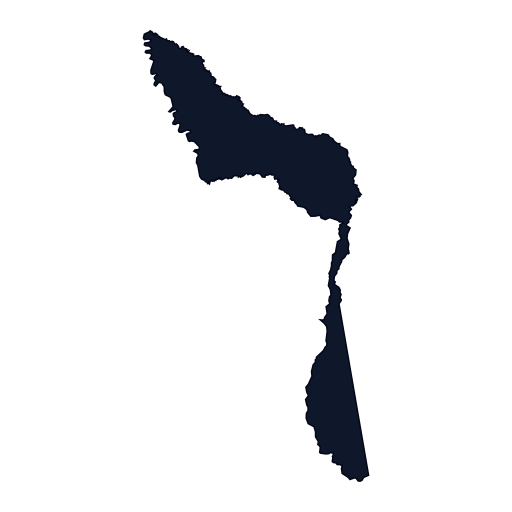 the district of El Doncello, Caquetá, Colombia, rotated 181°
{"feature_id": "7082276B94017431983929", "entity_name": "El Doncello", "entity_type": "district", "adm_level": 2, "iso_a3": "COL", "parent_name": "Colombia", "parent_adm1": "Caquetá", "projection": "mercator", "projection_center": [-75.148, 1.876], "detail": "fine", "context": "isolated", "style": "filled", "palette": "ink", "viewbox_px": 512, "rotation_deg": 181, "n_neighbors": 0, "source": "geoboundaries", "source_scale": "gbopen_adm2", "svg_char_len": 6122}
<svg xmlns="http://www.w3.org/2000/svg" viewBox="0 0 512 512"><g transform="rotate(181 256 256)"><path d="M158.2,34.2L153.2,36.0L151.7,35.2L149.9,32.8L147.8,32.7L146.1,33.6L144.5,36.5L139.6,38.7L172.2,209.7L170.0,213.0L170.2,214.4L171.4,215.5L170.3,219.1L171.3,220.7L171.3,223.8L172.8,226.2L177.3,229.1L176.3,231.4L177.6,232.6L177.6,233.9L177.2,237.2L175.0,240.1L174.8,243.2L173.0,244.5L172.8,247.0L170.3,251.9L170.2,253.6L167.2,256.4L165.3,259.9L163.6,259.8L163.0,260.5L164.0,265.1L163.4,269.7L165.3,275.1L164.9,279.9L162.4,285.7L165.8,287.7L166.3,289.3L163.8,291.5L164.0,293.6L162.1,295.8L161.4,298.3L163.9,300.9L163.1,302.8L161.4,304.5L163.4,306.9L162.1,307.9L160.0,307.9L156.9,310.7L156.0,313.1L157.3,312.0L157.3,313.7L155.7,314.2L156.3,316.6L153.7,317.0L153.0,317.6L153.2,318.7L151.9,319.3L154.1,321.8L154.9,325.1L156.6,326.3L156.1,328.4L159.8,329.6L159.3,333.1L160.7,335.2L157.9,338.8L157.5,343.8L160.2,345.7L160.3,347.2L162.0,347.8L163.2,350.1L163.3,351.9L164.3,352.7L164.2,354.1L164.9,355.7L165.7,355.9L166.4,358.1L166.0,361.3L167.0,363.8L173.3,366.8L174.4,368.2L174.2,369.9L176.0,369.7L177.5,370.4L179.8,372.2L181.3,374.6L184.5,376.2L186.0,378.4L191.6,379.4L193.0,377.6L195.0,378.0L197.1,376.9L197.5,375.9L198.3,377.2L199.5,376.6L202.0,378.7L205.4,378.3L207.5,378.8L209.5,380.3L209.2,381.7L209.9,383.4L211.5,383.7L211.8,384.8L214.8,385.1L215.7,383.6L217.9,383.3L219.3,383.9L219.2,384.8L220.2,385.3L220.5,387.2L221.2,387.7L228.7,386.4L230.4,387.3L230.5,388.5L231.0,388.1L232.8,388.7L234.3,387.4L235.9,389.6L237.7,389.4L237.8,391.2L240.6,391.3L241.9,394.2L244.5,395.0L244.9,396.2L247.0,397.7L250.2,397.1L252.8,397.4L253.9,396.8L254.3,397.4L255.8,396.3L256.8,396.7L258.1,395.5L259.4,396.4L261.7,396.3L264.7,398.3L266.4,401.5L268.7,402.3L268.7,402.9L269.7,402.5L270.0,404.1L272.1,404.9L271.9,405.5L272.9,405.4L271.4,407.7L272.5,407.9L273.1,410.2L273.8,409.9L274.6,411.5L276.1,411.2L274.9,413.3L275.6,413.6L274.9,413.9L275.8,414.9L278.1,415.8L278.8,414.6L279.4,414.9L280.8,414.1L281.2,414.6L281.5,414.1L284.6,415.8L285.8,415.3L287.2,416.7L288.3,416.4L288.9,417.1L289.2,416.6L290.8,418.2L292.2,417.6L292.4,418.9L294.5,421.8L295.0,424.1L294.4,424.8L296.3,424.9L296.4,425.5L298.4,426.3L298.4,425.4L299.8,427.1L300.5,426.8L300.8,428.4L299.8,429.0L299.4,431.8L301.0,432.7L300.6,433.1L302.2,434.5L303.2,434.2L304.0,435.2L304.5,438.0L305.5,438.3L306.0,440.2L308.1,439.7L308.2,440.6L311.1,442.0L310.3,443.0L311.3,443.0L311.9,446.1L313.4,447.5L312.4,449.7L311.4,449.6L311.4,450.7L313.7,451.9L314.6,454.3L315.5,454.2L316.9,455.3L321.9,454.7L321.9,456.5L322.5,456.4L322.6,457.1L326.6,458.0L327.1,458.7L326.7,459.7L328.1,458.9L328.6,459.5L327.9,460.9L329.6,460.9L329.3,461.9L331.4,462.3L332.6,464.2L334.1,463.6L334.5,462.0L335.5,461.9L337.4,463.1L337.1,463.9L338.1,465.5L339.5,466.7L340.8,466.3L342.3,468.7L343.5,469.2L345.9,468.7L346.4,469.7L347.6,469.5L349.1,470.4L349.3,471.4L350.6,470.8L356.0,473.1L356.3,473.8L357.7,473.9L358.2,475.4L360.1,476.9L361.0,475.4L361.9,476.9L363.3,476.2L363.6,478.0L365.8,479.3L366.6,478.3L371.5,475.9L372.4,472.1L371.4,470.4L367.0,471.1L364.3,469.8L366.4,467.8L370.9,467.0L371.4,465.3L370.2,464.3L366.2,464.0L363.9,461.4L365.0,460.0L369.5,459.4L370.3,457.9L369.2,457.0L365.9,457.0L364.4,456.2L363.8,454.4L365.5,451.5L361.3,449.6L364.3,440.0L364.1,436.6L362.9,435.9L359.2,436.7L357.5,435.1L359.4,434.5L360.6,433.0L360.8,431.9L359.2,429.8L360.8,426.6L360.8,425.3L359.2,424.2L356.2,427.9L353.3,427.4L350.7,423.6L350.5,418.6L349.5,415.7L344.6,413.4L343.5,412.1L341.4,403.9L345.6,398.9L344.4,398.5L341.9,400.2L338.8,401.1L337.4,399.8L337.9,398.6L340.2,397.9L341.2,396.7L340.9,394.6L339.4,392.7L339.6,390.9L341.5,387.8L341.1,386.3L339.0,386.1L336.3,387.6L334.5,387.2L334.1,385.3L335.7,380.4L335.4,379.1L334.3,378.4L332.2,378.4L327.2,380.8L323.8,380.1L323.9,378.1L326.8,377.3L327.8,376.3L325.6,370.1L324.5,369.4L322.3,369.9L319.7,369.4L314.8,364.4L314.3,362.8L315.1,361.5L318.9,361.0L320.0,359.7L316.5,357.9L315.5,356.4L315.6,354.9L316.9,352.9L317.2,348.2L315.8,345.9L313.6,334.7L311.8,332.0L309.5,331.0L308.6,331.2L308.0,329.5L306.1,328.9L305.7,327.6L304.9,327.9L303.8,327.1L303.5,328.5L304.2,329.5L303.1,329.5L301.4,331.2L301.0,330.1L299.0,330.2L298.5,331.2L297.5,330.9L296.8,332.2L295.4,332.1L294.7,333.5L294.0,332.6L293.0,333.4L293.2,332.5L291.5,331.6L287.8,333.6L286.5,333.7L285.3,332.7L284.6,333.4L281.6,333.4L279.3,335.9L275.1,335.8L275.0,334.7L273.4,335.7L272.9,334.5L270.0,335.9L267.6,338.3L265.9,338.2L265.4,337.2L262.8,338.3L260.3,336.5L259.5,336.8L259.5,337.8L258.3,337.7L258.1,338.6L254.8,338.5L253.1,338.0L251.1,335.1L248.5,334.9L247.7,337.6L246.5,336.9L243.0,338.1L241.5,337.2L239.5,337.4L238.8,336.8L239.1,334.9L238.6,333.2L236.3,333.6L235.7,332.7L234.6,332.6L235.4,331.8L234.6,330.5L235.6,331.1L235.9,330.6L234.3,329.3L233.5,325.8L234.0,323.8L231.1,322.4L229.9,322.9L228.3,320.5L226.7,320.0L226.0,318.8L224.6,319.0L221.7,314.6L222.6,313.8L221.1,312.4L218.5,312.2L218.0,310.3L215.5,307.7L215.3,306.7L209.4,305.7L207.0,304.3L205.3,302.1L205.3,300.7L201.8,296.7L197.3,296.9L192.8,298.0L191.5,295.1L187.3,293.6L183.0,295.7L174.6,293.0L173.2,291.5L169.1,291.4L169.9,290.3L172.7,288.6L172.6,285.9L173.8,284.4L172.8,282.6L173.5,279.8L170.9,274.3L174.8,271.8L176.6,260.7L179.5,258.5L179.5,252.6L180.4,250.3L180.3,247.5L181.1,243.4L182.8,239.7L181.7,238.0L182.4,236.9L181.9,235.2L183.1,227.7L181.0,223.7L180.4,219.2L180.4,218.2L181.8,216.4L182.3,212.5L181.4,209.4L185.0,206.6L183.8,199.3L186.2,195.9L186.8,193.6L188.2,193.1L190.6,193.3L186.6,189.9L184.1,186.7L183.5,182.2L184.5,172.3L183.6,170.4L183.6,167.7L185.3,166.0L186.9,162.6L193.8,155.9L193.8,154.2L194.9,153.2L194.7,151.0L197.0,148.1L198.5,141.4L197.9,136.8L201.4,128.7L203.8,125.7L202.9,120.9L201.1,117.4L203.9,113.4L202.6,107.9L201.3,105.7L201.2,102.3L202.8,99.7L203.0,94.8L200.9,89.3L195.1,86.4L193.4,81.3L193.3,76.2L190.4,71.6L190.9,68.6L189.1,67.2L188.4,65.7L188.9,60.7L188.0,60.0L182.6,59.3L179.7,59.7L178.4,60.8L175.5,60.2L175.0,59.3L176.1,56.7L175.6,55.8L176.2,52.0L175.2,50.9L172.6,50.6L171.2,48.9L168.3,48.9L166.2,47.8L166.8,44.9L166.1,40.2L159.8,36.2L158.2,34.2Z" fill="#0f172a" stroke="#020617" stroke-width="1.5"/></g></svg>